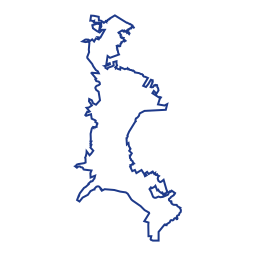 outline of Chiapa de Corzo, Chiapas, Mexico
{"feature_id": "50627088B40050898832352", "entity_name": "Chiapa de Corzo", "entity_type": "district", "adm_level": 2, "iso_a3": "MEX", "parent_name": "Mexico", "parent_adm1": "Chiapas", "projection": "mercator", "projection_center": [-92.959, 16.601], "detail": "fine", "context": "isolated", "style": "outline", "palette": "blue", "viewbox_px": 256, "rotation_deg": 0, "n_neighbors": 0, "source": "geoboundaries", "source_scale": "gbopen_adm2", "svg_char_len": 5728}
<svg xmlns="http://www.w3.org/2000/svg" viewBox="0 0 256 256"><path d="M134.5,28.1L132.3,26.0L132.5,25.5L130.1,24.0L129.9,24.2L127.2,22.7L126.8,22.8L114.9,15.4L110.6,18.0L110.1,18.6L109.7,18.5L109.1,19.0L109.0,19.5L107.9,19.8L107.7,20.2L107.1,20.7L106.4,20.8L106.6,21.1L106.0,21.1L106.1,21.8L105.7,21.5L103.9,22.8L103.3,22.1L100.9,20.7L98.9,20.5L98.7,16.8L93.9,15.8L91.1,15.6L90.3,20.6L91.1,20.5L93.1,21.2L94.1,20.8L93.8,22.4L101.3,23.1L101.1,25.2L101.4,26.2L101.0,27.1L100.4,27.1L99.8,30.0L99.2,30.0L100.2,24.3L97.2,23.7L92.3,25.2L93.0,28.3L96.9,31.0L99.6,32.5L102.1,30.1L101.7,29.8L104.8,29.8L100.4,37.6L98.2,37.3L99.3,38.4L98.7,39.4L95.9,38.4L94.1,41.5L92.2,39.4L89.9,41.1L89.6,40.4L88.2,39.6L87.6,39.8L87.0,39.5L85.3,39.6L82.5,41.4L85.5,42.1L88.2,41.7L89.4,42.9L88.8,49.7L89.1,52.1L87.2,57.0L87.4,58.1L92.2,64.0L93.2,66.2L95.9,70.1L97.9,71.4L98.8,73.3L92.6,72.8L92.2,73.1L91.9,72.8L91.5,73.1L96.2,78.7L95.3,79.3L96.3,81.1L98.6,81.6L99.6,82.5L99.9,84.1L98.8,85.1L96.7,85.8L95.8,86.7L95.3,87.9L96.1,89.8L98.6,91.7L100.0,100.3L96.0,104.7L93.2,103.3L92.6,102.5L92.5,101.8L91.8,100.3L89.2,99.0L89.0,101.3L91.9,105.4L88.8,107.5L86.6,107.8L89.7,111.5L88.1,112.2L87.2,111.8L85.3,115.1L86.1,115.8L91.0,114.2L91.7,118.7L95.1,120.2L95.7,120.7L95.3,122.0L97.3,123.3L97.0,124.2L97.2,124.3L96.3,126.3L96.6,126.8L95.0,127.5L94.6,128.1L94.7,127.1L93.6,127.0L93.5,127.7L92.9,127.1L92.4,127.6L91.8,128.6L90.6,133.8L90.8,139.4L90.5,141.2L91.4,141.4L90.4,143.3L91.1,144.1L90.6,144.3L90.5,145.1L91.2,145.4L90.4,147.5L93.3,150.7L91.2,153.6L89.6,155.3L86.6,151.3L86.5,153.3L85.7,156.6L85.1,157.7L85.5,158.7L85.6,162.5L84.0,163.2L78.3,164.1L76.6,164.7L76.3,165.7L75.1,166.3L76.9,167.7L78.2,166.6L79.8,166.4L81.0,167.3L82.2,167.4L83.1,168.2L83.5,169.4L84.0,169.6L91.5,170.5L90.4,173.1L90.6,177.5L95.1,175.7L94.4,178.6L93.7,179.2L92.8,180.8L91.6,181.5L91.0,181.3L88.5,183.6L88.8,184.1L85.7,186.9L84.0,187.9L79.9,193.2L78.6,196.0L78.9,196.1L77.8,198.1L77.1,200.0L79.5,201.5L82.6,197.6L87.9,194.8L90.5,191.1L93.5,189.6L94.5,189.5L94.6,188.6L96.4,186.7L98.0,186.3L99.2,186.7L101.4,189.1L100.8,189.3L101.8,190.7L104.7,189.2L114.3,190.0L120.3,191.6L125.8,192.4L127.7,193.7L131.3,199.4L132.5,200.5L140.6,206.1L144.6,210.1L149.0,212.6L149.2,213.3L144.3,221.2L148.5,222.5L148.3,225.0L148.5,236.2L151.3,236.2L150.6,239.3L150.9,239.8L152.9,240.6L158.6,240.6L158.6,231.9L164.6,224.5L165.0,224.4L165.4,225.1L166.6,225.2L167.0,224.0L169.7,222.3L170.5,220.5L171.2,220.1L172.7,220.4L173.5,219.9L174.2,218.6L174.8,218.2L175.6,218.1L176.7,219.2L177.2,219.1L177.5,218.3L176.8,216.7L177.2,215.7L179.0,214.9L179.4,213.3L180.7,212.0L180.9,210.6L180.7,209.3L179.3,207.5L179.6,207.4L177.5,206.3L176.7,204.9L173.7,204.8L172.4,204.2L171.4,203.2L171.1,202.3L171.5,202.1L171.3,201.3L170.4,201.4L169.1,200.3L168.9,199.6L169.1,198.8L170.3,198.0L171.1,196.9L173.8,195.2L174.0,194.4L174.6,194.1L175.1,193.1L171.7,190.7L170.8,191.8L170.3,192.0L169.9,191.3L168.4,192.6L168.6,193.6L167.8,194.8L162.9,196.9L160.4,197.2L158.5,196.6L155.8,197.8L154.3,197.7L153.0,196.7L151.2,192.0L149.5,189.1L150.9,187.4L151.7,188.3L154.5,186.8L155.4,185.8L157.2,190.4L158.2,189.7L159.2,191.4L161.3,193.0L161.5,193.1L161.8,192.5L162.3,192.4L163.4,195.1L164.8,194.1L164.5,193.6L165.9,193.3L167.2,191.3L166.4,189.5L163.6,179.8L161.4,181.6L160.1,182.1L158.4,180.8L157.7,178.7L158.1,176.9L159.0,176.0L157.4,175.1L157.2,174.5L156.4,175.1L155.8,174.9L155.6,173.9L155.1,174.0L155.2,173.7L154.6,173.6L154.7,173.3L154.1,173.7L152.8,171.7L151.9,172.6L151.7,172.1L148.7,174.0L147.1,171.9L145.0,173.5L146.6,175.3L145.0,176.2L144.2,174.1L141.5,170.0L136.4,173.1L134.9,170.0L132.3,171.1L130.2,166.9L130.8,166.7L130.3,165.2L132.7,164.5L132.5,164.0L134.0,163.5L132.8,162.1L132.6,161.2L130.9,160.0L131.1,159.5L130.8,158.9L130.0,158.1L129.8,155.6L130.4,155.7L131.8,153.3L129.2,150.8L130.3,149.2L130.1,148.9L130.4,148.6L128.9,146.1L128.5,143.1L126.9,144.4L126.5,138.4L126.8,138.4L127.8,136.1L127.4,135.5L129.1,131.6L135.3,121.6L135.8,121.3L135.4,120.2L135.9,118.5L137.5,117.5L139.0,115.7L139.4,114.1L139.9,113.3L144.5,110.9L165.8,109.8L167.2,104.1L164.5,105.5L158.0,104.4L159.7,99.1L160.9,97.4L159.9,97.0L159.4,97.7L152.4,93.2L153.8,90.9L156.5,93.7L158.5,90.4L158.1,88.2L157.3,87.1L157.1,85.2L155.7,84.9L155.1,85.6L154.3,85.2L153.0,87.1L151.4,87.3L150.6,87.0L152.7,82.0L152.3,81.8L152.7,80.3L150.9,79.7L148.3,84.1L146.0,87.0L143.2,85.8L147.9,78.0L145.2,76.8L143.9,76.6L143.0,75.7L143.0,75.0L141.9,74.1L141.0,74.1L139.0,73.1L134.8,72.4L134.4,71.4L133.0,70.4L132.5,70.4L132.5,70.2L132.3,70.6L131.2,70.0L130.1,70.0L128.7,68.9L128.2,69.3L127.6,68.4L127.4,68.8L126.0,68.8L124.8,69.2L120.4,67.2L120.2,69.6L117.8,68.9L116.5,67.9L115.9,68.3L115.9,67.9L115.2,67.4L115.8,66.7L116.2,66.7L117.1,65.4L116.5,63.9L116.5,61.2L113.3,62.1L113.7,65.3L112.7,66.1L108.1,67.7L107.4,69.0L105.4,67.8L105.5,66.4L104.7,66.0L107.5,65.4L110.0,64.2L109.7,63.2L106.3,64.5L107.6,56.0L110.0,57.8L119.0,54.5L118.2,52.9L117.7,50.1L117.2,49.8L117.3,48.2L116.9,47.9L117.1,47.2L116.7,45.9L118.0,45.4L118.6,46.1L119.7,46.3L120.2,46.1L120.5,43.9L121.0,43.7L121.6,42.8L121.3,42.3L124.0,40.8L124.5,41.4L125.5,40.8L124.6,40.0L124.0,40.2L123.9,39.3L123.2,38.6L123.5,38.0L123.0,38.0L122.6,37.6L121.8,38.0L121.5,37.8L121.9,37.6L121.7,37.3L120.9,37.1L120.4,35.6L121.1,35.2L121.4,35.7L121.3,35.3L119.9,33.5L119.3,33.1L118.9,33.2L118.5,32.6L122.2,30.4L123.5,31.5L123.9,31.1L123.6,30.8L124.1,30.5L124.7,31.6L126.6,31.9L127.1,32.6L128.1,33.0L129.1,34.1L129.5,33.4L129.1,32.8L128.8,32.4L128.1,32.6L128.3,32.3L127.9,31.9L127.8,32.4L127.2,32.2L126.9,31.8L127.3,31.6L126.4,30.7L127.1,30.3L127.4,30.6L127.4,30.3L128.3,30.2L128.6,29.9L128.5,29.2L129.7,28.9L129.8,28.5L130.6,28.3L131.3,27.4L131.5,27.7L132.0,26.6L134.5,28.1Z" fill="none" stroke="#1e3a8a" stroke-width="2"/></svg>